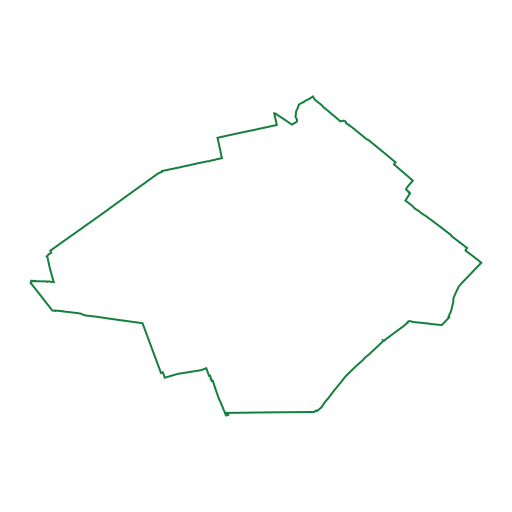 outline of Zoetermeer, Zuid-Holland, Netherlands
{"feature_id": "6326949B3936656159813", "entity_name": "Zoetermeer", "entity_type": "district", "adm_level": 2, "iso_a3": "NLD", "parent_name": "Netherlands", "parent_adm1": "Zuid-Holland", "projection": "orthographic", "projection_center": [4.49, 52.062], "detail": "fine", "context": "isolated", "style": "outline", "palette": "green", "viewbox_px": 512, "rotation_deg": 0, "n_neighbors": 0, "source": "geoboundaries", "source_scale": "gbopen_adm2", "svg_char_len": 5754}
<svg xmlns="http://www.w3.org/2000/svg" viewBox="0 0 512 512"><path d="M395.5,162.3L390.7,158.3L384.7,153.3L379.9,149.4L371.0,142.1L369.9,141.2L368.7,140.2L368.2,139.8L367.7,139.8L366.0,138.7L364.3,137.3L359.3,133.2L358.5,132.5L351.0,126.5L349.2,125.1L349.0,124.9L348.9,125.0L348.7,125.1L345.8,122.8L345.9,121.9L345.3,121.4L343.9,120.7L343.6,120.7L343.1,120.9L342.7,120.8L340.3,121.4L337.8,119.1L335.1,116.7L334.3,116.1L330.8,113.3L328.0,110.8L326.2,109.4L325.6,108.8L325.3,108.6L324.6,108.1L324.2,107.9L324.0,107.7L323.3,107.1L322.9,106.5L322.4,105.9L322.1,105.6L322.0,105.4L321.8,105.3L320.9,104.5L318.5,102.6L317.6,101.9L316.1,100.8L315.7,100.5L315.2,100.0L314.7,99.4L314.5,99.2L314.3,98.8L313.4,97.4L312.9,96.5L310.0,98.4L309.8,98.5L309.5,98.7L309.0,99.0L308.1,99.4L307.5,99.7L306.5,100.2L306.0,100.4L305.5,100.7L304.6,101.3L304.1,101.7L303.4,102.2L303.0,102.4L302.8,102.5L302.0,102.9L301.6,103.0L301.2,103.2L300.8,103.4L300.5,103.6L300.1,103.8L298.9,104.7L298.8,104.8L298.7,104.9L298.6,105.1L298.4,105.6L298.2,106.3L298.0,107.2L297.9,107.5L297.9,107.9L297.8,108.1L297.6,108.5L296.8,109.8L296.7,110.0L296.6,110.3L296.3,110.9L296.1,111.5L296.1,111.8L296.0,112.1L295.9,112.9L295.9,113.2L295.9,114.0L295.9,114.3L295.9,114.6L295.8,114.9L295.6,115.5L295.4,116.3L295.4,116.5L295.5,116.9L295.6,117.1L296.1,118.0L296.4,118.5L297.0,119.7L297.0,119.8L297.1,120.0L297.1,120.4L297.0,120.6L296.8,121.4L296.8,121.6L296.6,121.7L296.5,121.9L296.4,122.0L296.2,122.1L294.5,123.1L291.9,124.6L284.2,119.4L283.6,119.0L283.2,118.7L279.8,116.5L276.3,114.2L275.9,113.9L275.2,113.5L275.0,113.4L274.7,113.4L274.2,113.4L274.3,113.7L276.8,125.0L253.1,130.1L232.8,134.4L217.5,137.8L218.0,140.1L220.3,150.5L220.8,153.2L221.9,158.2L220.9,158.4L219.3,158.7L218.5,158.9L217.3,159.1L216.9,159.2L215.6,159.6L215.1,159.7L214.2,160.0L213.9,160.0L213.5,160.1L213.1,160.2L212.2,160.3L211.0,160.6L209.8,161.0L208.8,161.2L208.5,161.3L208.2,161.3L207.1,161.4L206.8,161.4L205.5,161.7L204.9,161.8L204.3,162.0L203.5,162.1L203.3,162.1L202.8,162.3L201.9,162.5L200.9,162.7L199.6,162.9L197.9,163.3L197.4,163.3L196.0,163.7L195.3,163.9L194.8,164.0L193.4,164.3L191.3,164.8L190.8,164.9L190.4,165.0L189.9,165.2L189.6,165.2L188.1,165.5L186.4,165.8L182.9,166.6L179.7,167.4L178.7,167.5L177.7,167.8L177.3,167.8L177.0,167.9L175.8,168.1L173.3,168.7L172.8,168.8L171.6,169.0L162.1,171.0L162.2,171.7L160.8,172.2L158.0,173.5L148.8,180.1L125.2,197.1L116.4,203.5L112.2,206.5L109.3,208.6L108.6,209.2L104.6,212.1L103.5,212.9L102.5,213.6L92.8,220.5L87.7,224.1L85.0,226.0L83.5,227.1L73.9,233.9L65.1,240.1L50.3,250.7L51.0,251.9L51.2,252.8L48.3,254.5L48.2,254.8L48.1,255.0L48.0,255.3L47.9,255.5L47.7,255.8L47.5,256.0L47.3,256.2L47.1,256.3L46.8,256.4L46.9,256.5L47.1,256.7L47.1,256.8L47.5,257.6L48.4,261.6L49.2,265.3L49.9,268.3L52.4,277.4L53.2,280.3L53.7,282.1L53.2,282.0L50.3,281.7L48.0,281.4L47.8,281.5L47.4,281.9L46.3,281.4L33.1,281.2L33.5,280.9L31.2,280.8L31.2,282.7L30.7,283.0L41.7,296.9L44.7,300.8L52.3,310.5L55.3,310.9L55.4,310.5L58.7,310.9L58.8,310.8L62.3,311.3L62.6,311.0L62.8,311.1L63.3,311.5L64.7,311.6L66.5,311.8L67.5,311.9L70.8,312.3L71.7,312.4L74.0,312.7L80.4,313.5L84.1,315.1L84.8,315.3L85.6,315.5L95.7,316.6L102.9,317.7L116.9,319.7L142.5,323.2L161.0,373.0L162.8,372.3L164.8,377.7L177.7,373.9L200.9,370.2L206.3,368.2L209.0,375.8L210.1,375.6L210.5,376.9L211.0,378.5L211.0,378.9L210.7,379.0L211.0,379.6L211.4,379.5L211.8,380.6L211.9,381.1L212.8,380.8L213.5,382.8L213.6,383.3L213.8,383.7L213.9,384.1L215.0,387.8L215.1,387.7L215.6,389.3L215.9,390.0L216.2,391.0L216.6,392.4L217.6,395.1L218.2,396.8L218.4,397.5L220.3,401.7L220.7,402.6L221.4,404.2L222.4,406.7L222.9,407.8L223.7,410.1L224.4,411.4L225.4,413.4L225.1,413.6L226.2,415.5L228.2,414.9L227.3,412.9L245.3,412.7L250.7,412.6L267.6,412.4L288.7,412.2L313.7,412.0L313.8,412.1L316.0,410.5L317.0,411.1L317.6,410.5L320.8,407.9L321.0,407.8L321.2,407.5L321.4,407.3L321.5,407.2L322.7,405.4L324.1,403.3L325.3,401.7L325.8,401.1L326.0,400.7L326.4,400.4L327.3,399.3L328.1,398.5L328.6,397.9L329.3,396.9L333.5,391.3L334.3,390.3L335.7,388.6L337.3,386.7L338.4,385.3L341.1,382.0L342.1,380.8L342.9,379.7L344.8,377.3L345.1,376.9L346.0,375.9L346.5,375.4L347.2,374.7L353.8,368.3L356.4,365.8L360.4,362.3L361.9,361.0L362.6,360.4L362.9,360.1L363.4,359.5L364.2,358.6L364.7,358.0L365.4,357.4L369.8,353.7L370.4,353.1L370.6,352.9L374.5,349.3L382.0,342.2L383.0,341.3L383.3,341.0L383.4,340.8L383.9,340.7L383.6,340.4L384.2,340.5L386.6,338.6L388.4,337.3L389.5,336.5L391.1,335.3L393.1,333.8L394.8,332.6L403.4,326.2L405.7,324.3L407.7,322.7L407.8,322.5L407.5,322.2L408.0,321.8L408.5,321.4L408.8,321.3L408.9,321.2L409.2,321.1L409.5,321.1L409.9,321.1L410.1,321.2L410.6,321.3L412.9,321.9L413.3,322.0L413.7,322.1L416.1,322.3L417.0,322.4L419.1,322.6L421.2,322.8L422.9,322.9L423.6,323.0L424.0,323.1L424.6,323.2L426.2,323.3L428.5,323.5L430.7,324.0L433.9,324.3L439.0,324.8L441.2,325.0L441.5,325.0L442.0,324.8L442.1,324.7L442.3,324.6L446.9,319.7L449.3,317.2L448.5,316.6L450.9,311.6L451.1,310.9L452.2,306.4L453.2,302.7L453.3,302.1L453.3,299.5L453.4,298.6L453.5,298.2L453.6,297.8L454.1,296.6L454.4,295.8L455.8,292.7L458.7,286.7L458.8,286.5L462.4,282.4L468.2,276.4L476.4,267.8L481.3,262.8L479.8,261.7L479.7,261.3L465.7,250.7L465.5,250.1L467.1,248.0L452.8,237.1L451.6,236.2L451.2,235.2L435.8,223.4L434.6,222.5L434.3,222.2L433.1,221.4L430.7,219.6L427.7,217.4L426.3,216.3L426.0,216.1L424.9,215.4L423.2,214.4L422.9,214.2L421.2,213.0L421.0,212.8L420.8,212.7L420.6,212.6L420.4,212.4L419.4,211.4L419.1,211.2L416.7,209.8L416.2,209.5L415.5,209.0L415.1,208.7L414.4,208.1L413.8,207.5L413.6,207.3L413.3,207.0L413.1,206.7L412.6,206.1L412.3,205.8L408.9,203.2L405.4,200.6L410.0,193.3L408.9,192.6L409.2,192.2L406.0,189.5L407.0,187.4L412.8,180.6L394.0,164.4L395.5,162.3Z" fill="none" stroke="#15803d" stroke-width="2"/></svg>